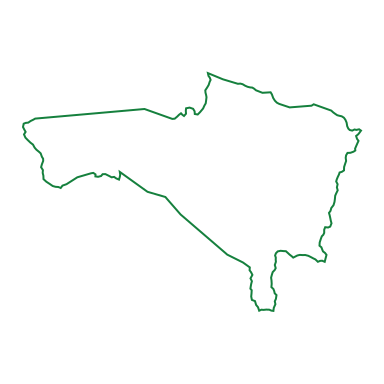 Poções, Bahia, Brazil
{"feature_id": "56859067B76293863784354", "entity_name": "Poções", "entity_type": "district", "adm_level": 2, "iso_a3": "BRA", "parent_name": "Brazil", "parent_adm1": "Bahia", "projection": "albers", "projection_center": [-40.358, -14.57], "detail": "fine", "context": "isolated", "style": "outline", "palette": "green", "viewbox_px": 384, "rotation_deg": 0, "n_neighbors": 0, "source": "geoboundaries", "source_scale": "gbopen_adm2", "svg_char_len": 3116}
<svg xmlns="http://www.w3.org/2000/svg" viewBox="0 0 384 384"><path d="M43.5,179.1L46.3,181.7L49.5,183.8L52.7,186.0L55.5,186.8L58.3,187.0L60.7,188.0L62.5,185.6L66.5,184.2L75.6,178.4L77.3,177.3L91.0,173.3L93.3,172.9L95.5,174.4L95.4,176.4L98.1,176.8L101.1,176.0L102.6,174.2L105.4,174.1L109.0,175.9L111.6,177.3L114.1,176.9L116.2,178.4L119.0,179.6L119.9,176.5L120.2,174.5L119.8,171.9L147.5,191.8L165.4,197.0L167.0,198.9L180.6,214.5L225.4,253.0L227.2,254.6L243.0,262.5L249.8,267.4L249.6,270.3L251.1,272.3L252.4,274.9L250.5,278.4L251.9,281.2L251.2,283.9L250.8,286.1L250.4,288.7L251.7,290.2L251.5,293.6L251.2,296.5L251.9,299.9L255.0,301.1L256.1,304.9L258.0,307.2L259.2,310.7L261.4,309.7L263.5,309.9L266.2,309.6L269.3,309.7L271.3,310.6L273.4,310.9L273.8,307.8L275.4,304.2L274.8,301.3L275.9,298.9L276.5,295.1L274.7,293.3L274.2,291.1L273.4,289.0L271.4,287.1L271.7,283.9L271.5,280.4L271.1,277.7L271.8,275.0L272.7,272.1L274.8,269.9L275.7,268.1L274.8,265.0L275.9,261.8L275.7,259.6L275.8,257.6L275.1,255.5L275.9,253.3L277.7,251.4L280.6,250.8L283.7,251.1L285.9,251.2L288.0,253.1L289.6,254.6L291.8,256.3L293.2,257.6L295.4,256.5L297.3,255.5L299.8,254.9L302.8,255.1L305.2,255.0L308.3,255.8L311.1,257.2L313.3,258.4L315.4,259.4L317.9,261.8L320.0,260.9L322.1,260.7L324.7,261.8L325.7,257.9L326.5,254.9L325.0,252.9L323.0,251.4L322.1,249.2L321.4,247.3L319.5,245.7L319.7,242.4L320.8,239.0L321.8,236.3L323.3,234.8L324.2,232.9L324.2,229.7L325.2,227.2L328.1,227.5L330.2,226.6L331.5,223.3L330.8,220.7L330.3,218.2L329.7,215.4L329.0,212.9L330.5,210.9L331.3,208.0L333.5,205.2L334.5,201.9L334.9,199.0L335.2,195.7L336.2,193.4L337.7,190.3L336.9,187.4L337.6,184.2L336.2,181.5L336.7,179.6L337.7,177.1L339.0,174.4L339.6,172.5L341.9,171.8L344.0,170.4L344.1,167.0L345.1,163.9L346.1,161.0L345.7,157.8L346.1,155.3L347.5,152.9L350.4,152.8L353.5,151.7L355.3,150.5L355.1,148.6L356.3,145.8L357.4,143.3L358.5,140.9L357.0,138.8L356.1,136.0L358.2,134.3L359.4,132.8L361.0,130.6L359.1,129.3L356.4,129.9L354.5,129.5L352.2,130.6L349.7,130.0L348.3,128.6L347.2,126.2L346.6,122.6L345.4,119.8L343.9,117.7L341.7,116.3L339.4,115.8L337.2,115.2L335.0,113.7L333.1,112.3L331.3,110.6L313.7,104.3L311.5,105.7L306.2,106.1L289.7,107.4L279.2,103.9L276.9,102.7L274.9,100.7L273.2,98.0L271.9,94.4L270.6,92.3L262.5,92.8L260.6,92.1L258.6,91.3L256.0,90.3L254.0,88.6L252.3,87.6L250.1,87.4L247.6,86.8L245.1,85.7L242.6,84.2L240.3,83.6L237.9,83.8L222.9,79.3L207.9,73.1L208.5,75.9L209.8,77.7L210.6,79.9L209.6,82.0L208.7,84.9L207.1,87.6L205.3,90.3L205.5,92.7L206.1,95.0L206.5,97.2L206.1,100.6L205.7,103.4L204.4,105.6L203.1,108.5L200.0,112.2L197.7,114.5L194.8,114.0L194.6,111.3L193.1,108.8L189.6,107.6L186.1,108.3L185.8,110.7L186.0,113.7L184.0,116.0L182.4,114.8L181.0,113.3L179.0,114.8L177.2,116.6L174.7,118.7L172.3,118.9L144.5,109.0L83.2,114.4L35.2,118.6L33.3,119.7L30.6,121.0L28.3,122.6L25.7,122.9L23.7,123.7L23.0,127.0L24.1,129.2L25.6,131.9L24.0,134.4L25.4,137.6L27.4,139.7L30.5,142.7L33.0,144.6L34.6,147.6L36.4,149.7L39.1,151.9L40.7,153.4L41.9,156.8L43.1,158.7L43.2,160.9L41.9,164.3L41.1,167.2L42.9,170.1L42.7,172.9L43.4,175.8L43.5,179.1Z" fill="none" stroke="#15803d" stroke-width="2"/></svg>